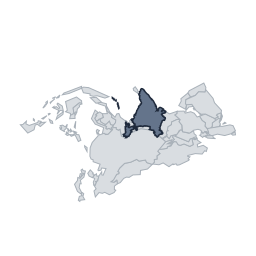 where India sits in Asia, rotated 159°
{"feature_id": "IND", "entity_name": "India", "entity_type": "country or territory", "adm_level": 0, "iso_a3": "IND", "parent_name": "Asia", "parent_adm1": "", "projection": "albers", "projection_center": [83.514, 21.122], "detail": "fine", "context": "in_parent", "style": "filled", "palette": "slate", "viewbox_px": 256, "rotation_deg": 159, "n_neighbors": 45, "source": "natural_earth", "source_scale": "50m", "svg_char_len": 17601}
<svg xmlns="http://www.w3.org/2000/svg" viewBox="0 0 256 256"><g transform="rotate(159 128 128)"><path d="M117.8,85.5L115.6,86.7L114.8,89.1L112.0,88.6L111.0,91.6L107.4,92.6L108.6,95.6L107.7,97.0L99.0,95.0L97.9,96.3L94.5,95.7L90.5,98.9L87.8,97.8L87.2,94.5L85.6,93.1L81.4,93.0L76.9,88.7L73.1,89.1L72.1,95.4L69.7,93.1L67.3,93.6L67.6,91.9L65.1,88.2L69.2,87.9L69.7,85.3L64.0,84.9L61.1,80.9L63.3,78.0L64.5,79.3L68.1,77.1L74.4,80.0L82.1,80.9L82.5,80.2L80.5,78.9L83.0,77.6L82.2,76.5L82.9,76.0L93.3,75.2L95.6,75.7L95.9,77.3L99.0,77.6L98.9,78.4L103.6,77.2L107.7,82.8L112.3,82.6L117.8,85.5Z" fill="#d9dde1" stroke="#a8b0b8" stroke-width="1"/><path d="M72.1,95.4L73.1,89.1L76.9,88.7L81.4,93.0L85.6,93.1L87.2,94.5L87.8,97.8L89.9,98.9L94.1,96.5L93.2,97.7L97.0,99.1L95.1,100.2L93.3,100.0L93.5,98.7L91.5,98.9L90.2,100.9L88.9,100.7L89.7,103.3L88.7,105.1L76.4,93.5L73.8,95.6L72.1,95.4Z" fill="#d9dde1" stroke="#a8b0b8" stroke-width="1"/><path d="M223.4,159.2L227.3,169.6L225.1,168.9L220.4,170.8L221.8,168.4L219.3,165.8L210.2,165.5L209.2,166.9L206.7,165.3L209.6,163.3L206.8,164.2L203.0,163.0L209.3,160.8L211.2,163.8L213.5,164.1L216.3,160.1L223.4,159.2ZM196.0,179.1L195.5,181.4L193.6,182.0L194.2,180.3L196.0,179.1ZM213.0,170.6L212.4,169.5L212.8,168.1L213.6,169.2L213.0,170.6ZM177.2,160.4L176.5,162.2L180.5,165.6L178.3,166.3L176.8,175.1L165.0,175.4L161.6,170.1L162.5,167.1L164.5,168.9L170.6,167.0L172.0,166.4L173.4,160.9L177.2,160.4ZM199.2,168.6L204.0,166.7L205.0,167.7L199.2,168.6ZM197.4,169.8L196.0,169.8L195.5,169.2L197.4,168.6L197.4,169.8ZM196.6,159.2L198.5,160.5L198.4,164.3L196.2,161.4L196.6,159.2ZM183.9,164.0L192.0,161.8L189.6,164.6L183.0,166.2L183.0,167.6L185.1,168.7L189.3,166.2L186.4,169.3L191.0,174.2L189.2,174.6L189.8,173.0L187.4,173.8L185.6,170.7L184.5,171.5L185.7,175.8L184.6,176.4L181.5,172.0L182.4,166.5L183.9,164.0ZM188.1,182.9L184.4,183.1L186.1,182.3L188.1,182.9ZM186.0,181.4L190.0,179.9L191.6,178.9L191.5,179.8L186.0,181.4ZM181.7,181.2L184.4,181.6L179.7,183.2L181.7,181.2ZM157.5,181.7L170.8,181.4L177.4,182.5L175.3,183.6L156.4,183.5L157.5,181.7ZM151.2,173.5L157.0,176.9L157.1,181.7L154.9,182.1L150.3,179.8L134.6,164.1L138.8,164.2L145.3,169.2L149.0,170.0L151.8,172.0L151.2,173.5Z" fill="#d9dde1" stroke="#a8b0b8" stroke-width="1"/><path d="M196.4,179.9L197.7,177.9L200.4,177.1L196.4,179.9Z" fill="#d9dde1" stroke="#a8b0b8" stroke-width="1"/><path d="M39.1,102.3L37.0,104.4L35.7,108.5L35.6,105.2L37.9,102.3L39.1,102.3Z" fill="#d9dde1" stroke="#a8b0b8" stroke-width="1"/><path d="M40.7,101.0L37.9,102.3L40.7,100.3L40.7,101.0Z" fill="#d9dde1" stroke="#a8b0b8" stroke-width="1"/><path d="M38.2,103.7L36.7,105.3L37.7,103.3L38.2,103.7Z" fill="#d9dde1" stroke="#a8b0b8" stroke-width="1"/><path d="M38.2,103.7L43.6,103.4L43.6,105.8L39.9,106.0L40.9,108.2L37.3,109.6L35.7,108.5L38.2,103.7Z" fill="#d9dde1" stroke="#a8b0b8" stroke-width="1"/><path d="M59.6,124.8L63.6,125.8L67.8,123.5L64.7,129.1L59.9,127.2L59.6,124.8Z" fill="#d9dde1" stroke="#a8b0b8" stroke-width="1"/><path d="M58.6,123.6L58.7,122.2L59.8,121.2L60.0,123.0L58.6,123.6Z" fill="#d9dde1" stroke="#a8b0b8" stroke-width="1"/><path d="M55.1,112.7L56.2,115.8L53.5,114.2L55.1,112.7Z" fill="#d9dde1" stroke="#a8b0b8" stroke-width="1"/><path d="M43.6,105.8L43.6,103.4L47.4,102.5L48.7,99.2L51.4,98.0L54.2,99.1L55.5,102.2L53.8,105.0L56.1,108.4L57.0,113.4L50.7,113.3L43.6,105.8Z" fill="#d9dde1" stroke="#a8b0b8" stroke-width="1"/><path d="M65.1,128.7L67.7,125.0L72.6,130.7L68.7,134.0L68.1,136.4L59.5,139.2L58.4,134.6L63.8,133.7L65.6,130.2L65.1,128.7ZM68.3,122.4L67.6,122.8L68.1,122.3L68.3,122.4Z" fill="#d9dde1" stroke="#a8b0b8" stroke-width="1"/><path d="M146.8,150.5L147.1,146.7L152.6,146.6L153.2,145.2L155.5,146.9L155.6,149.1L152.8,150.9L153.7,151.9L148.8,153.2L146.8,150.5Z" fill="#d9dde1" stroke="#a8b0b8" stroke-width="1"/><path d="M151.0,146.1L147.1,146.7L146.8,150.5L142.1,148.8L141.3,156.6L147.3,161.5L145.6,162.7L139.5,158.4L141.5,151.7L138.4,145.9L139.5,143.9L136.5,139.9L137.8,137.4L140.8,135.7L143.0,137.3L143.0,141.0L146.5,139.1L149.4,140.4L151.3,143.6L151.0,146.1Z" fill="#d9dde1" stroke="#a8b0b8" stroke-width="1"/><path d="M154.9,145.7L151.0,146.1L151.3,143.6L147.9,139.0L143.0,141.0L143.0,137.3L140.8,135.7L143.5,134.0L143.0,131.9L146.0,134.5L148.1,134.3L148.9,135.8L147.5,137.1L154.3,142.6L154.9,145.7Z" fill="#d9dde1" stroke="#a8b0b8" stroke-width="1"/><path d="M140.8,135.7L137.8,137.4L136.5,139.9L139.5,143.9L138.4,145.9L141.5,151.7L140.0,155.5L139.3,149.6L136.3,142.7L133.4,145.2L131.3,144.8L131.2,140.7L127.4,134.8L131.5,125.0L134.7,123.8L134.8,121.6L137.1,122.8L136.0,129.6L137.7,129.2L139.4,131.1L139.0,132.7L142.3,132.9L140.8,135.7Z" fill="#d9dde1" stroke="#a8b0b8" stroke-width="1"/><path d="M150.4,153.3L153.7,151.9L152.8,150.9L155.6,149.1L154.9,143.8L147.5,137.1L148.9,135.8L148.1,134.3L146.0,134.5L143.9,131.5L148.9,129.2L154.0,131.9L150.6,137.1L157.2,143.3L158.8,149.8L152.3,156.5L150.4,153.3Z" fill="#d9dde1" stroke="#a8b0b8" stroke-width="1"/><path d="M180.3,87.0L179.8,89.9L177.2,92.7L178.8,94.8L173.9,96.6L174.3,94.1L172.4,93.6L173.3,92.2L175.3,89.4L177.4,89.5L176.9,88.7L179.1,86.2L180.3,87.0Z" fill="#d9dde1" stroke="#a8b0b8" stroke-width="1"/><path d="M176.2,96.7L178.9,94.3L181.5,97.0L181.8,100.1L178.2,102.4L176.6,98.4L177.6,97.9L176.2,96.7Z" fill="#d9dde1" stroke="#a8b0b8" stroke-width="1"/><path d="M118.4,85.3L124.5,82.7L131.5,83.9L133.3,80.1L140.2,82.4L144.6,81.5L147.0,82.7L150.0,82.5L154.8,79.8L158.0,79.7L157.4,83.4L160.5,82.2L163.2,83.3L155.2,88.8L152.9,88.7L152.3,90.0L153.2,91.0L151.4,92.9L143.9,96.2L137.7,95.1L131.2,95.6L129.5,93.1L123.1,91.8L123.0,89.1L118.4,85.3Z" fill="#d9dde1" stroke="#a8b0b8" stroke-width="1"/><path d="M126.9,130.8L127.6,136.3L125.8,132.5L124.2,132.5L123.9,134.3L121.8,134.0L120.1,129.4L121.4,128.0L120.2,127.1L120.8,125.8L123.1,127.9L127.2,128.2L125.3,131.1L126.2,132.0L126.9,130.8Z" fill="#d9dde1" stroke="#a8b0b8" stroke-width="1"/><path d="M125.8,123.1L126.4,124.8L121.2,124.5L123.0,122.2L125.8,123.1Z" fill="#d9dde1" stroke="#a8b0b8" stroke-width="1"/><path d="M120.0,123.1L119.9,125.9L118.6,125.9L107.0,121.5L109.3,118.5L116.2,122.6L120.0,123.1Z" fill="#d9dde1" stroke="#a8b0b8" stroke-width="1"/><path d="M103.8,109.0L102.2,110.5L97.4,110.9L99.5,114.8L93.4,122.5L91.6,122.2L89.6,124.0L91.7,129.0L86.9,129.8L84.2,126.3L76.1,126.0L77.0,123.9L79.5,123.3L76.3,117.1L78.9,118.4L85.1,118.0L86.3,115.5L90.1,114.8L94.7,106.7L99.8,105.9L101.3,108.2L103.8,109.0Z" fill="#d9dde1" stroke="#a8b0b8" stroke-width="1"/><path d="M84.0,104.6L90.8,105.2L93.4,103.1L94.7,106.3L97.0,105.1L99.8,105.9L93.7,107.4L94.2,109.1L92.9,111.2L91.4,111.0L91.9,112.2L90.1,114.8L86.3,115.5L85.1,118.0L78.9,118.4L76.3,117.1L78.0,115.6L76.6,111.2L78.4,106.6L81.0,107.4L84.0,104.6Z" fill="#d9dde1" stroke="#a8b0b8" stroke-width="1"/><path d="M88.7,105.1L89.7,103.3L88.9,100.7L93.5,98.7L93.9,100.0L91.5,101.1L97.8,101.7L99.6,105.4L94.7,106.3L93.4,103.1L90.8,105.2L88.7,105.1Z" fill="#d9dde1" stroke="#a8b0b8" stroke-width="1"/><path d="M94.1,96.5L97.9,96.3L99.0,95.0L107.7,97.0L97.8,101.7L91.5,101.1L91.8,100.0L97.0,99.1L93.2,97.7L94.1,96.5Z" fill="#d9dde1" stroke="#a8b0b8" stroke-width="1"/><path d="M67.3,93.6L69.7,93.1L71.4,95.3L73.8,95.6L76.4,93.5L86.9,103.4L86.8,104.5L85.7,103.8L79.8,107.4L78.4,106.6L78.4,105.0L73.2,101.4L67.8,102.0L68.3,98.9L67.0,96.7L67.6,95.3L70.2,95.7L69.1,93.4L67.5,94.8L67.3,93.6Z" fill="#d9dde1" stroke="#a8b0b8" stroke-width="1"/><path d="M57.0,113.4L56.1,108.4L53.8,105.0L55.5,102.2L53.8,97.5L54.2,95.0L56.9,96.9L60.0,96.1L60.9,99.9L63.1,101.7L67.6,102.4L72.1,101.1L78.4,105.0L76.6,111.2L78.0,115.6L76.3,117.1L79.5,123.3L77.0,123.9L76.1,126.0L69.6,123.7L69.3,121.4L63.6,120.7L60.9,118.1L59.5,113.5L57.0,113.4Z" fill="#d9dde1" stroke="#a8b0b8" stroke-width="1"/><path d="M38.6,103.3L40.7,101.0L40.3,98.6L42.3,96.6L50.7,98.1L48.7,99.2L47.4,102.5L40.1,104.5L38.6,103.3Z" fill="#d9dde1" stroke="#a8b0b8" stroke-width="1"/><path d="M57.5,97.0L53.9,93.4L54.2,92.0L56.9,93.1L57.5,97.0Z" fill="#d9dde1" stroke="#a8b0b8" stroke-width="1"/><path d="M54.2,99.1L42.3,96.6L40.9,98.0L41.4,96.6L39.3,95.7L31.7,94.4L29.1,92.5L28.7,87.0L34.0,85.7L40.4,86.3L46.7,90.2L53.0,90.8L55.4,94.7L54.2,95.0L54.2,99.1ZM30.1,83.1L32.8,83.8L33.7,85.4L29.4,86.0L30.1,83.1Z" fill="#d9dde1" stroke="#a8b0b8" stroke-width="1"/><path d="M109.3,161.1L109.0,163.0L106.5,163.9L105.4,159.8L106.3,156.9L109.3,161.1Z" fill="#d9dde1" stroke="#a8b0b8" stroke-width="1"/><path d="M157.3,137.7L155.6,135.8L159.0,133.9L158.7,136.6L157.3,137.7ZM97.8,101.7L108.6,95.6L107.4,92.6L111.0,91.6L112.0,88.6L114.8,89.1L115.6,86.7L118.4,85.3L123.0,89.1L123.1,91.8L129.5,93.1L131.2,95.6L137.7,95.1L143.9,96.2L149.9,93.7L153.2,91.0L152.3,90.0L152.9,88.7L155.2,88.8L160.1,84.7L163.2,83.9L160.5,82.2L157.0,82.9L158.0,79.7L161.5,78.6L162.8,75.4L161.7,74.3L164.2,72.7L169.3,72.4L172.8,76.3L175.3,76.2L178.2,78.1L183.2,75.3L182.3,81.4L179.6,82.6L180.3,87.0L179.1,86.2L176.9,88.7L177.4,89.5L175.3,89.4L172.4,93.6L168.2,96.6L169.2,93.6L168.2,92.8L163.1,98.0L166.9,100.1L168.3,98.4L170.7,98.6L171.2,99.5L167.0,104.2L172.6,109.0L172.0,111.0L173.6,112.2L173.7,115.3L170.4,123.1L166.6,127.3L158.6,131.5L158.3,133.5L157.4,133.8L157.0,131.7L152.2,131.7L151.4,129.9L148.9,129.2L143.0,131.9L143.5,134.0L139.0,132.7L139.4,131.1L137.7,129.2L136.0,129.6L137.1,122.8L135.7,121.3L133.0,121.4L132.7,119.5L127.1,122.8L123.0,122.2L121.1,124.2L120.9,122.7L116.2,122.6L104.9,116.4L105.3,111.2L101.3,108.2L97.8,101.7Z" fill="#d9dde1" stroke="#a8b0b8" stroke-width="1"/><path d="M174.7,120.7L175.3,125.4L174.9,127.0L173.2,124.4L174.7,120.7Z" fill="#d9dde1" stroke="#a8b0b8" stroke-width="1"/><path d="M58.5,91.6L60.3,93.3L61.6,92.4L63.7,95.6L62.5,95.5L60.8,98.5L60.0,96.1L57.5,97.0L56.6,94.7L56.2,92.2L58.4,93.0L58.5,91.6ZM56.9,96.9L56.0,96.4L55.4,94.7L56.6,95.5L56.9,96.9Z" fill="#d9dde1" stroke="#a8b0b8" stroke-width="1"/><path d="M50.1,86.7L57.5,90.2L58.6,92.9L51.5,90.5L51.9,88.6L50.1,86.7Z" fill="#d9dde1" stroke="#a8b0b8" stroke-width="1"/><path d="M180.0,144.6L177.8,142.7L180.1,142.9L180.0,144.6ZM184.5,149.6L183.5,146.3L184.5,147.2L185.4,145.1L184.5,149.6ZM188.4,147.1L191.7,151.1L191.5,152.9L190.3,151.3L189.7,152.4L190.4,154.5L188.0,154.1L186.1,151.4L183.3,153.3L185.5,149.9L188.9,148.5L188.4,147.1ZM177.9,148.2L174.3,153.1L177.3,146.8L177.9,148.2ZM179.2,133.2L179.9,140.6L184.0,140.6L184.8,142.8L182.3,141.5L178.2,141.9L178.5,140.5L176.3,139.3L176.4,133.4L179.2,133.2ZM182.1,147.5L181.2,144.9L183.5,144.9L182.1,147.5ZM187.4,142.8L188.5,144.7L187.0,144.6L187.2,146.8L185.1,142.7L187.4,142.8Z" fill="#d9dde1" stroke="#a8b0b8" stroke-width="1"/><path d="M143.4,161.5L149.0,162.6L152.3,169.8L146.6,167.9L143.4,161.5ZM177.2,160.4L173.4,160.9L172.0,166.4L164.5,168.9L163.0,168.2L162.5,167.1L165.4,166.8L165.5,165.3L168.4,164.0L170.2,161.1L172.4,161.0L174.0,155.9L179.1,157.6L177.2,160.4Z" fill="#d9dde1" stroke="#a8b0b8" stroke-width="1"/><path d="M172.2,159.0L172.4,161.0L171.2,161.8L170.2,161.1L172.2,159.0Z" fill="#d9dde1" stroke="#a8b0b8" stroke-width="1"/><path d="M197.9,86.9L198.1,94.6L194.0,97.1L192.6,99.8L190.9,98.2L185.2,101.3L187.1,102.2L187.0,105.5L185.3,106.0L185.2,104.3L183.2,103.1L186.8,97.9L191.2,96.3L191.7,92.7L192.9,93.2L195.0,89.8L194.4,84.4L195.8,83.6L197.9,86.9ZM198.6,77.7L199.3,76.7L200.3,78.3L197.9,81.6L195.3,81.4L195.2,83.4L193.7,84.0L192.9,82.5L194.6,80.3L194.1,76.6L198.6,77.7ZM187.5,101.4L189.3,99.2L190.9,99.7L188.9,102.5L187.5,101.4Z" fill="#d9dde1" stroke="#a8b0b8" stroke-width="1"/><path d="M58.4,134.6L59.5,139.2L57.5,140.9L41.1,142.8L40.8,137.8L43.2,133.9L49.1,136.5L53.4,134.3L58.4,134.6Z" fill="#d9dde1" stroke="#a8b0b8" stroke-width="1"/><path d="M35.6,108.8L39.9,108.9L40.9,108.2L39.9,106.0L43.6,105.8L50.7,113.3L54.9,114.7L58.2,119.8L59.9,127.2L65.1,128.7L65.6,130.2L63.8,133.7L53.4,134.3L49.1,136.5L43.2,133.9L41.6,135.8L38.0,125.2L38.2,120.6L34.4,111.0L35.6,108.8Z" fill="#d9dde1" stroke="#a8b0b8" stroke-width="1"/><path d="M38.5,97.6L35.6,98.7L34.8,97.5L38.5,97.6Z" fill="#d9dde1" stroke="#a8b0b8" stroke-width="1"/><path d="M86.9,129.5L87.3,129.4L87.8,129.4L87.9,128.9L88.0,128.8L89.3,129.0L89.7,129.2L90.0,129.2L90.8,128.8L91.0,129.1L91.7,128.9L91.6,128.6L91.8,128.4L91.3,127.0L91.3,126.5L90.7,126.4L90.4,126.0L90.6,124.9L89.6,124.4L89.7,123.6L90.3,123.0L90.8,122.4L91.2,122.1L91.6,122.3L91.7,122.6L91.8,122.7L93.6,122.4L93.8,122.0L94.1,121.7L94.5,121.0L95.4,120.5L96.0,119.6L96.3,118.9L97.0,118.6L97.2,118.4L97.2,118.0L97.9,117.2L98.4,117.0L98.2,116.7L98.4,116.2L98.3,115.7L99.6,114.9L99.5,114.6L98.6,114.3L98.6,113.8L98.1,113.8L98.1,113.4L97.6,113.0L97.9,112.4L97.6,112.0L98.1,111.6L97.6,111.3L97.7,111.0L97.4,110.8L97.7,110.3L98.3,110.1L100.4,110.7L100.9,110.4L101.8,110.3L102.4,109.9L102.5,109.7L103.7,109.0L104.1,109.1L104.0,109.5L104.5,110.7L105.0,110.9L105.4,111.3L105.0,111.8L105.1,112.7L105.6,113.3L105.6,113.6L105.7,113.8L105.7,114.6L105.3,114.8L104.9,114.4L104.4,114.5L104.6,115.1L104.9,115.6L104.9,116.0L105.0,116.2L104.9,116.4L104.9,116.7L105.3,116.7L105.5,116.6L106.1,117.4L106.6,117.4L107.1,117.8L107.2,118.2L108.0,118.5L108.5,118.9L108.2,119.0L107.5,119.7L107.2,120.3L107.2,120.7L107.0,121.1L106.9,121.4L107.5,121.8L107.7,121.7L109.8,123.2L110.0,123.2L110.7,123.6L111.1,123.6L111.2,123.9L112.1,124.2L112.4,124.0L113.0,124.2L113.4,123.9L114.3,124.3L114.4,124.8L115.1,125.1L115.3,125.3L115.8,125.1L116.1,125.3L116.2,125.6L116.6,125.5L117.7,125.9L118.2,125.6L118.3,125.9L118.7,126.0L118.9,125.9L119.6,125.8L119.8,125.9L120.1,125.3L119.8,124.5L120.0,123.4L119.9,123.1L120.0,123.0L120.7,122.7L121.1,122.8L121.1,123.1L121.0,123.8L121.2,124.1L121.0,124.4L121.2,124.8L121.7,125.0L122.0,125.0L122.7,125.2L123.3,125.1L123.6,124.8L124.3,125.0L125.2,125.0L125.4,124.8L125.8,124.9L126.3,124.8L126.5,124.7L126.3,124.3L126.4,124.0L126.3,123.7L125.9,123.7L125.6,123.5L125.7,123.1L126.2,123.1L126.4,123.0L127.1,122.8L127.3,122.6L127.4,122.3L127.9,121.9L128.2,121.4L129.0,121.1L129.3,120.9L129.4,120.7L130.3,119.9L130.6,120.2L131.6,120.4L131.8,120.0L132.6,119.5L132.9,119.9L133.1,119.9L132.7,120.2L132.8,120.5L133.3,120.2L133.5,120.7L133.1,121.4L133.3,121.5L133.6,121.3L133.9,121.4L134.4,121.4L134.8,121.6L134.9,122.2L134.2,122.9L134.6,123.7L134.4,123.7L134.0,123.4L133.1,123.6L131.5,124.9L131.4,125.4L131.6,126.0L131.3,126.6L130.8,127.4L130.7,127.6L131.0,127.9L130.4,129.3L130.2,130.1L129.4,129.9L129.1,130.0L128.8,129.9L129.0,130.6L129.0,131.6L128.9,131.8L128.7,131.8L128.6,132.4L128.7,133.3L128.4,133.8L128.0,133.5L127.8,133.8L127.6,132.5L127.3,132.1L127.1,130.7L126.5,130.7L126.6,131.0L126.3,131.5L126.3,131.9L126.1,132.1L125.9,132.0L125.8,131.7L125.7,131.7L125.7,131.9L125.3,131.0L125.4,130.3L125.6,130.0L126.4,129.8L126.5,129.4L126.8,129.3L126.9,128.4L127.3,128.5L127.3,128.3L126.6,127.9L123.9,128.1L122.9,127.9L122.9,126.6L122.6,126.1L122.4,126.2L122.4,126.5L122.1,126.6L121.8,126.4L121.5,125.8L121.4,125.9L121.4,126.1L121.2,126.1L120.8,125.8L120.4,125.6L120.6,125.9L120.1,126.5L120.0,126.8L120.7,127.5L121.2,127.5L121.5,128.0L121.2,128.1L120.7,128.1L120.4,128.7L120.2,128.7L120.0,129.2L120.2,129.5L121.1,129.8L121.1,130.3L120.9,131.0L121.2,131.4L121.2,131.7L121.6,131.9L121.4,132.1L121.8,133.6L121.8,134.2L121.7,134.2L121.9,134.7L121.6,134.7L121.3,134.9L121.2,134.6L121.3,134.1L121.1,133.9L121.1,134.7L120.8,134.8L120.6,134.6L120.5,134.8L120.3,134.8L120.2,134.7L120.4,133.9L120.0,133.6L119.9,133.4L120.0,133.7L120.3,133.9L120.0,134.5L119.5,134.8L118.6,135.1L118.2,135.6L118.1,135.9L118.4,136.6L118.0,137.3L117.6,137.6L117.4,137.9L117.2,137.8L117.3,138.0L117.1,138.1L116.0,138.5L115.9,138.5L116.0,138.4L115.9,138.2L115.5,138.4L115.3,138.7L115.7,138.6L115.8,138.7L114.6,139.6L113.5,141.2L112.7,141.6L111.9,142.5L110.5,143.4L110.3,143.7L110.5,144.0L110.3,144.4L109.4,144.8L108.6,144.8L108.0,145.9L107.7,145.9L107.7,145.7L107.4,145.6L106.8,146.0L106.4,146.7L106.3,147.1L106.5,148.3L106.4,148.7L106.7,150.1L106.5,149.7L106.3,149.9L106.8,150.3L106.6,151.6L105.9,152.9L105.7,153.6L105.7,153.9L105.5,154.1L105.8,154.3L105.8,155.9L105.2,155.9L104.8,156.0L104.7,156.4L104.1,157.3L104.0,157.5L104.9,158.0L104.1,157.8L103.1,158.1L102.7,158.5L102.4,159.4L101.4,159.9L100.6,159.5L99.7,158.4L99.3,157.3L99.2,156.5L99.3,156.6L99.4,157.2L99.5,157.2L99.4,156.5L99.1,156.2L99.1,155.9L98.3,153.8L98.0,153.1L97.5,152.4L97.0,151.5L96.8,150.5L96.7,149.4L96.2,147.8L95.5,146.7L95.3,146.1L95.5,146.1L95.3,145.8L95.4,145.6L95.1,145.5L94.6,144.1L94.4,141.9L94.1,139.9L94.3,139.2L94.0,139.3L94.0,139.1L94.0,138.7L94.3,138.7L94.0,138.6L94.1,138.3L93.9,138.2L93.9,137.7L94.4,136.1L94.3,135.3L94.1,135.2L94.0,134.8L94.2,134.6L94.9,134.1L93.9,134.2L94.0,133.8L94.2,133.7L93.9,133.6L94.0,133.3L94.4,133.2L93.4,133.1L93.6,133.2L93.5,133.4L93.1,133.9L93.3,134.1L93.4,134.4L92.9,135.1L91.2,135.8L90.7,135.7L90.3,135.5L89.6,134.8L88.3,133.2L88.0,132.6L88.1,132.3L88.5,132.6L90.0,132.2L90.7,131.5L90.6,131.3L90.4,131.6L90.0,131.5L89.2,131.8L88.5,131.6L87.6,130.9L87.2,130.1L87.9,129.6L86.9,130.0L86.9,129.5ZM129.2,153.3L128.8,152.7L129.0,152.1L129.1,151.4L129.2,149.9L129.3,149.7L129.6,149.5L129.6,149.8L129.6,150.1L129.3,150.7L129.5,150.8L129.5,151.4L129.3,151.6L129.4,152.0L129.2,152.5L129.3,152.7L129.2,153.3ZM131.9,161.5L131.7,162.0L131.4,161.5L131.4,161.2L131.7,161.1L131.9,161.5ZM128.9,155.1L128.6,155.2L128.6,154.8L128.8,154.5L129.0,154.9L128.9,155.1ZM130.9,159.9L130.7,160.0L130.7,159.7L130.9,159.9ZM131.0,159.6L130.9,159.7L130.9,159.3L131.0,159.3L131.0,159.6ZM131.5,160.9L131.3,161.0L131.2,160.9L131.4,160.8L131.5,160.9ZM129.6,157.6L129.4,157.7L129.5,157.5L129.6,157.6ZM129.1,153.6L128.9,153.6L129.0,153.4L129.1,153.6ZM129.6,152.3L129.7,152.6L129.5,152.4L129.6,152.3ZM130.2,159.1L130.3,159.4L130.1,159.3L130.2,159.1ZM129.0,150.7L129.0,151.0L129.0,150.7L129.0,150.7Z" fill="#64748b" stroke="#1e293b" stroke-width="1.5"/></g></svg>